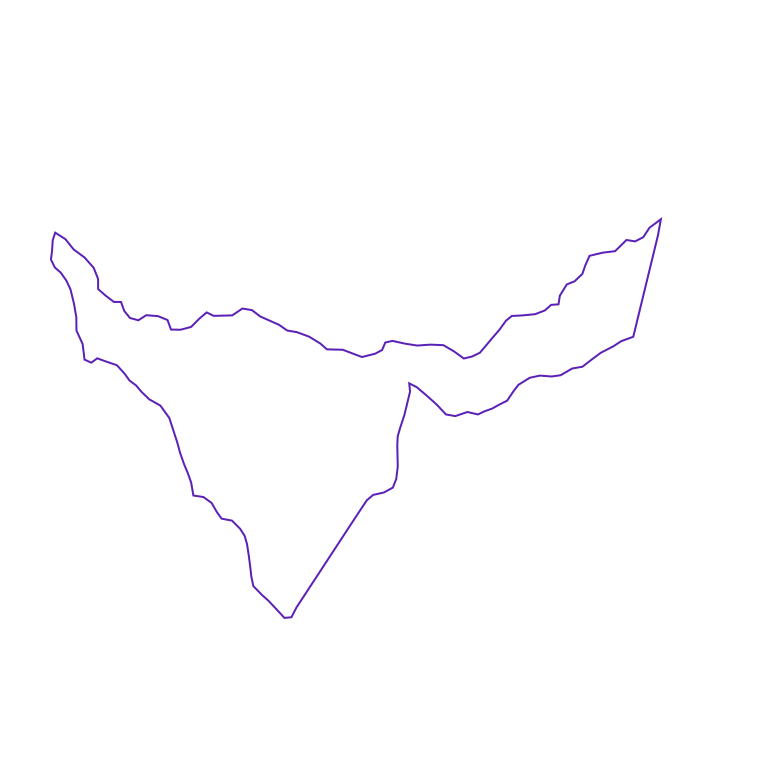 outline of Maxaranguape, Rio Grande do Norte, Brazil, rotated 169°
{"feature_id": "56859067B82537328985122", "entity_name": "Maxaranguape", "entity_type": "district", "adm_level": 2, "iso_a3": "BRA", "parent_name": "Brazil", "parent_adm1": "Rio Grande do Norte", "projection": "robinson", "projection_center": [-35.356, -5.454], "detail": "fine", "context": "isolated", "style": "outline", "palette": "violet", "viewbox_px": 768, "rotation_deg": 169, "n_neighbors": 0, "source": "geoboundaries", "source_scale": "gbopen_adm2", "svg_char_len": 2035}
<svg xmlns="http://www.w3.org/2000/svg" viewBox="0 0 768 768"><g transform="rotate(169 384 384)"><path d="M684.9,561.2L680.1,555.1L676.1,546.1L673.7,536.8L673.0,522.0L673.3,508.1L675.7,495.1L672.2,480.7L673.3,465.1L667.3,460.8L660.6,463.9L652.2,458.9L642.6,453.4L636.5,443.3L633.1,435.9L627.7,430.0L623.5,422.5L617.4,413.8L607.6,405.4L601.2,391.5L599.6,378.4L598.1,366.2L597.3,355.3L595.4,342.5L593.6,334.0L592.1,324.1L592.4,310.9L582.8,307.5L575.9,300.1L572.5,290.2L569.1,282.8L559.3,278.9L552.9,269.4L549.8,261.7L549.0,253.1L549.5,240.9L550.2,230.0L551.0,220.2L550.8,210.5L543.9,200.0L539.0,193.6L532.1,182.7L526.4,173.4L519.4,172.7L512.5,181.4L436.6,259.4L423.1,273.1L415.8,277.2L405.0,277.5L395.1,280.6L390.1,288.4L386.2,300.6L382.7,321.1L380.5,330.1L376.7,337.5L369.7,350.1L359.9,371.5L359.1,379.8L352.5,374.7L343.7,363.7L336.1,353.6L329.0,342.3L320.2,338.9L307.5,340.6L297.6,336.2L290.6,338.0L282.7,339.2L274.3,341.9L266.2,344.2L258.5,352.0L252.3,357.5L239.8,362.3L229.3,362.5L218.1,359.4L209.0,358.9L196.3,363.3L185.9,363.1L174.4,368.9L165.2,373.3L151.8,377.2L142.9,380.8L130.3,382.8L86.5,478.1L80.8,492.9L93.5,486.8L101.5,478.6L110.3,476.1L118.5,479.1L131.8,470.3L144.5,471.2L157.8,470.6L164.1,461.5L168.3,454.2L177.4,448.4L185.5,446.9L194.5,437.2L197.5,428.9L204.8,429.8L212.1,425.5L222.4,423.7L235.7,425.0L245.5,426.4L252.3,422.8L260.0,415.5L270.0,407.6L276.9,402.0L283.9,396.4L292.0,394.2L300.8,393.8L309.2,402.8L318.3,410.8L331.0,413.8L344.0,415.4L355.2,419.4L367.5,424.7L374.8,424.5L379.4,417.7L387.1,415.4L400.5,414.7L418.0,425.5L433.4,428.9L438.8,435.9L448.4,444.7L459.6,451.5L468.9,455.0L475.6,462.0L492.6,473.9L499.5,481.7L508.6,485.1L519.9,480.3L538.2,483.4L544.4,488.1L552.8,483.4L562.5,476.8L573.5,476.1L582.7,478.1L584.3,488.1L592.8,493.7L604.2,496.9L613.0,493.4L620.8,497.3L625.0,505.2L626.5,514.7L633.5,516.1L640.7,524.2L646.5,531.7L644.6,541.7L646.8,553.4L653.8,565.3L663.0,575.3L669.1,587.0L677.9,595.3L681.8,588.2L684.5,577.8L687.2,569.8L684.9,561.2Z" fill="none" stroke="#5b21b6" stroke-width="2"/></g></svg>